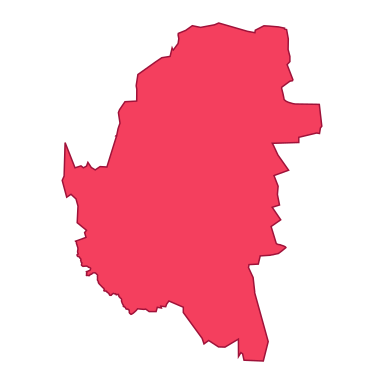 Nácori Chico, Sonora, Mexico
{"feature_id": "50627088B84390839219422", "entity_name": "Nácori Chico", "entity_type": "district", "adm_level": 2, "iso_a3": "MEX", "parent_name": "Mexico", "parent_adm1": "Sonora", "projection": "natural_earth1", "projection_center": [-109.021, 29.616], "detail": "fine", "context": "isolated", "style": "filled", "palette": "rose", "viewbox_px": 384, "rotation_deg": 0, "n_neighbors": 0, "source": "geoboundaries", "source_scale": "gbopen_adm2", "svg_char_len": 5117}
<svg xmlns="http://www.w3.org/2000/svg" viewBox="0 0 384 384"><path d="M284.4,28.1L278.5,26.9L269.2,26.1L263.9,25.8L255.3,30.2L254.9,32.7L247.4,31.3L218.7,23.0L214.5,24.8L200.6,27.4L192.3,25.7L185.7,30.4L178.3,33.4L178.1,35.0L178.8,38.6L178.1,43.5L173.3,50.0L172.7,49.5L172.1,48.0L170.1,56.4L161.8,57.7L155.6,61.9L137.9,74.5L136.3,84.9L136.2,85.9L136.3,86.5L136.8,89.2L136.7,101.0L136.3,101.1L125.0,101.7L119.6,109.6L118.4,112.6L120.0,123.2L118.7,126.8L118.0,129.0L116.6,136.0L116.0,135.8L115.8,136.0L116.5,136.3L115.7,138.7L106.9,167.0L100.1,166.6L95.2,169.9L91.3,167.5L87.9,162.4L86.5,166.1L83.4,167.8L81.0,165.9L75.0,167.8L65.1,142.6L64.1,176.1L62.2,180.4L66.7,197.2L71.0,194.3L76.0,198.9L78.0,206.1L77.2,222.7L86.5,230.3L84.6,232.6L86.0,237.4L75.5,241.2L75.6,241.4L75.8,241.5L76.2,241.6L76.3,241.7L76.5,242.9L76.4,243.2L76.5,243.5L76.6,244.0L76.7,244.3L76.9,244.5L77.0,244.8L77.0,245.1L77.1,245.4L77.1,245.6L77.2,245.8L77.4,246.2L77.4,246.5L77.7,247.2L77.9,248.0L77.9,248.3L77.9,248.6L77.9,249.2L77.9,249.5L77.7,250.6L77.6,251.2L77.6,251.4L77.6,251.6L77.6,251.8L77.6,252.0L77.7,252.6L77.9,253.0L78.2,253.7L78.2,253.9L78.2,254.0L77.4,254.4L77.1,254.7L77.1,254.8L77.1,255.3L77.2,255.7L77.5,256.2L77.9,256.5L78.1,256.6L78.5,256.7L78.8,256.7L79.2,256.9L79.4,257.1L79.5,257.2L79.7,257.6L79.8,257.9L80.1,258.2L80.6,258.7L80.7,258.8L80.8,259.0L80.9,259.6L80.8,260.0L80.7,260.3L80.8,260.4L80.9,260.9L81.1,261.9L81.3,262.3L81.6,262.5L81.8,262.7L81.8,263.0L81.8,263.3L81.6,264.0L81.5,264.6L81.5,264.9L81.5,265.1L81.6,265.4L82.2,265.8L82.8,266.3L83.8,266.3L84.7,266.2L86.0,266.1L86.7,266.1L86.9,266.2L87.0,266.2L88.0,266.8L88.4,267.1L88.6,267.3L88.8,267.4L89.2,267.5L89.6,267.5L90.0,267.7L90.6,268.2L90.6,268.3L90.6,268.7L90.5,269.2L90.3,269.6L90.2,270.0L89.9,270.3L89.6,270.4L88.6,270.8L87.9,271.2L87.8,271.3L87.0,271.4L86.8,271.5L86.3,271.7L86.3,271.8L86.9,272.3L86.9,272.9L86.7,273.4L86.5,273.7L86.5,273.9L86.5,274.1L86.6,274.5L86.7,274.8L86.5,275.0L86.4,275.3L86.6,275.5L86.8,275.5L87.1,275.5L87.4,275.4L88.0,275.4L88.3,275.6L89.1,275.6L89.4,275.6L89.7,275.3L89.7,275.2L90.0,274.8L90.3,274.4L90.8,274.3L91.4,274.2L91.9,273.9L92.2,273.5L92.7,273.1L93.8,272.8L94.3,272.7L94.5,272.8L94.8,272.9L95.1,273.0L95.5,273.0L96.0,273.5L96.3,273.8L96.7,274.2L97.0,274.5L97.3,274.7L97.5,274.9L97.6,275.1L97.6,275.3L97.6,275.6L97.5,275.9L97.4,276.1L97.5,277.1L97.5,277.9L97.5,279.2L97.4,279.6L97.4,279.8L97.6,280.4L98.1,281.2L98.4,281.8L98.4,282.0L98.5,282.2L98.5,282.5L98.4,282.7L98.5,282.8L99.0,283.6L99.5,284.2L103.1,287.9L103.4,288.1L103.6,288.1L103.8,288.4L104.0,288.8L104.2,289.3L104.2,289.5L104.3,289.7L104.2,289.8L103.9,290.2L103.9,290.3L103.9,290.6L104.0,290.7L104.1,290.9L104.7,291.0L105.2,291.1L105.9,291.0L106.4,291.3L106.8,291.5L107.0,292.1L107.1,292.3L108.4,293.0L108.7,293.3L108.9,293.5L109.0,293.6L109.1,293.8L109.2,294.2L109.2,294.4L109.7,295.1L109.9,295.2L110.0,295.3L110.8,295.3L111.1,295.3L111.3,295.2L111.3,294.9L111.7,294.5L111.9,294.5L112.9,293.6L113.1,293.5L113.3,293.4L113.6,293.5L114.8,293.9L115.0,293.9L115.4,293.7L115.5,293.7L115.7,293.8L116.0,294.2L116.0,294.3L116.0,294.5L116.2,294.8L116.3,294.8L116.7,294.8L117.5,294.5L118.1,294.3L118.5,294.9L118.6,295.0L118.8,295.5L118.8,295.9L118.8,296.0L119.0,296.5L119.3,296.9L119.7,297.1L119.7,297.3L119.8,297.4L119.9,297.6L120.0,297.7L120.9,298.4L121.2,298.6L121.4,298.9L121.5,299.3L121.6,299.8L121.5,300.2L121.5,301.1L121.8,302.0L122.3,303.4L123.1,304.9L123.4,305.2L123.5,305.3L123.5,305.5L123.3,306.1L123.3,306.3L123.6,306.6L124.3,306.7L124.5,306.8L124.9,307.2L125.1,307.4L125.4,307.6L125.5,307.8L125.6,308.1L125.8,308.5L126.0,308.9L126.1,309.0L126.3,309.1L127.1,309.1L127.6,309.1L127.8,309.1L128.0,309.2L128.0,309.3L128.1,309.5L128.3,309.7L128.9,309.9L129.1,310.1L129.3,310.7L129.3,311.1L129.3,311.5L129.2,312.0L129.3,312.4L129.4,312.8L129.8,313.4L129.9,313.5L130.6,313.8L130.8,314.1L130.9,314.3L131.0,314.3L131.5,314.2L133.2,313.2L134.7,311.9L136.2,310.5L137.6,308.8L143.9,309.4L145.7,309.1L149.2,311.6L156.1,311.6L157.3,307.3L161.4,308.0L160.8,306.2L165.7,306.7L166.6,304.2L168.9,301.0L183.3,307.2L183.3,312.5L202.1,338.3L204.0,343.9L208.7,340.5L218.5,346.9L225.0,347.1L238.4,339.1L238.5,356.5L240.9,352.6L242.6,353.8L244.0,360.2L263.3,361.0L268.2,341.6L254.6,292.5L254.7,291.8L253.1,277.5L248.5,267.6L249.0,264.6L258.3,264.1L260.2,255.9L269.2,255.3L269.6,255.3L270.3,255.2L271.6,254.9L273.1,254.7L274.6,254.3L276.5,253.9L278.4,253.5L279.2,252.9L281.5,251.2L285.9,247.6L285.8,247.4L285.4,246.9L283.7,246.0L281.3,245.2L280.0,244.7L279.0,244.6L277.9,244.4L276.9,243.9L276.5,243.7L276.2,243.3L271.1,226.5L280.7,219.8L272.2,207.3L279.5,205.0L277.4,194.5L278.1,186.2L274.0,175.6L275.2,175.1L288.6,170.2L277.9,155.0L273.4,145.3L272.3,143.3L298.8,142.5L298.8,137.3L316.7,133.0L319.5,133.5L320.4,128.0L321.8,126.2L319.3,104.4L316.3,104.3L295.2,104.0L292.8,103.6L288.4,102.3L286.2,101.3L284.7,100.1L284.1,99.5L283.8,97.7L283.0,93.8L281.6,88.2L281.7,87.5L282.0,87.0L289.9,81.2L292.5,80.7L292.9,79.7L287.1,64.6L289.9,61.6L289.9,56.4L288.1,49.5L288.3,38.9L286.6,29.6L284.6,29.1L284.3,28.7L284.3,28.3L284.4,28.1Z" fill="#f43f5e" stroke="#9f1239" stroke-width="1.5"/></svg>